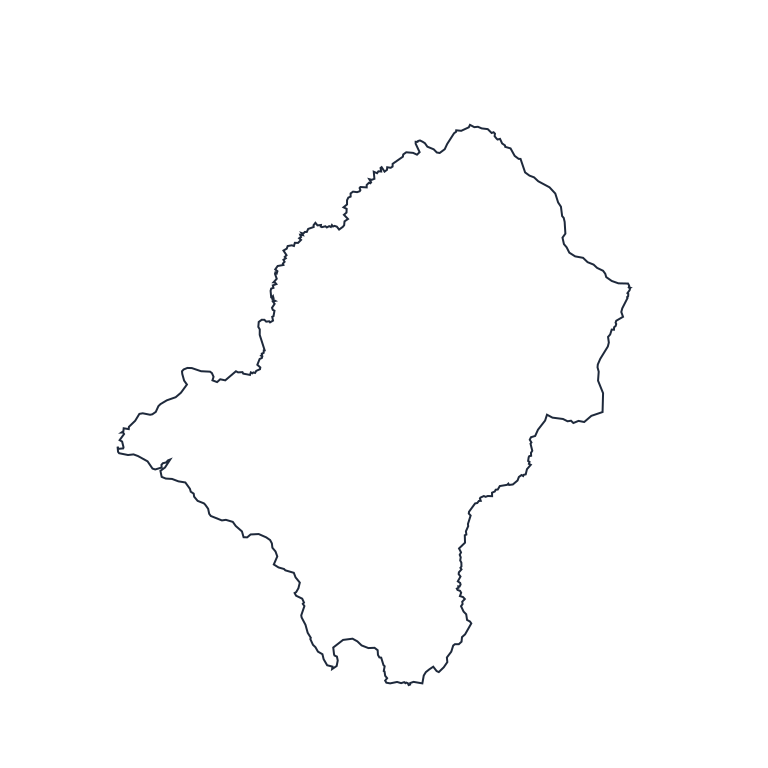 outline of Manggarai Timur, Nusa Tenggara Timur, Indonesia, rotated 210°
{"feature_id": "22746128B57997288446056", "entity_name": "Manggarai Timur", "entity_type": "district", "adm_level": 2, "iso_a3": "IDN", "parent_name": "Indonesia", "parent_adm1": "Nusa Tenggara Timur", "projection": "orthographic", "projection_center": [120.695, -8.574], "detail": "fine", "context": "isolated", "style": "outline", "palette": "slate", "viewbox_px": 768, "rotation_deg": 210, "n_neighbors": 0, "source": "geoboundaries", "source_scale": "gbopen_adm2", "svg_char_len": 6166}
<svg xmlns="http://www.w3.org/2000/svg" viewBox="0 0 768 768"><g transform="rotate(210 384 384)"><path d="M222.9,593.0L231.3,588.4L238.3,587.1L245.0,587.7L247.5,590.1L250.9,591.6L257.5,591.1L262.2,592.2L268.6,591.3L274.7,592.8L282.3,590.1L289.2,590.4L294.2,593.7L298.1,595.1L302.6,600.0L302.1,604.9L308.6,614.7L311.4,617.7L313.7,618.5L319.4,626.0L324.0,628.3L330.9,634.6L339.0,637.1L351.8,636.7L357.4,638.0L362.2,637.2L367.6,637.8L378.3,647.2L380.0,646.3L384.9,646.9L392.2,651.3L397.6,650.0L398.5,651.1L402.0,651.4L406.1,654.3L407.9,652.5L409.2,652.8L412.1,653.9L413.1,656.3L415.0,656.8L416.3,655.2L421.6,656.6L427.2,654.2L431.3,653.7L434.2,651.6L439.1,651.4L438.9,648.7L443.7,641.9L448.3,639.8L447.7,638.4L448.7,636.2L449.3,623.5L448.8,617.7L451.3,611.9L454.0,610.9L458.3,612.1L465.1,611.2L469.0,613.0L471.7,613.1L474.6,612.9L476.0,611.5L476.0,610.5L477.7,609.6L476.7,607.9L469.1,602.6L470.1,599.1L474.4,598.7L480.6,595.8L482.1,592.4L481.3,590.3L486.6,579.0L485.3,576.6L486.3,574.6L489.6,573.3L488.5,571.0L489.7,568.2L494.5,570.6L495.0,569.4L492.7,566.6L495.2,565.4L495.4,563.1L499.0,562.7L494.9,556.9L496.7,554.7L499.2,554.0L496.0,552.2L496.2,551.0L497.7,550.7L498.5,547.7L497.3,545.6L502.9,542.8L503.1,541.5L501.4,540.1L501.4,538.8L503.2,536.7L507.0,535.1L508.2,532.3L506.6,529.6L508.1,527.6L507.9,524.7L505.8,521.0L507.4,516.8L503.9,517.0L502.2,513.7L503.3,510.5L497.7,508.9L499.5,505.1L497.9,501.6L498.2,499.6L500.1,495.3L503.5,496.7L505.9,496.2L506.9,494.9L508.6,495.6L508.5,493.4L510.4,493.3L511.8,491.0L513.6,491.3L516.2,488.8L517.5,488.7L518.1,490.2L520.9,488.1L524.0,489.3L524.4,486.3L523.4,484.8L527.2,480.4L526.9,477.1L528.6,476.1L529.1,473.9L531.0,473.5L528.7,472.3L531.2,471.3L529.3,469.7L530.3,467.8L527.9,467.3L529.0,463.2L531.8,461.7L531.0,458.5L533.2,458.0L536.4,455.3L535.9,452.6L537.8,449.3L532.8,446.8L533.5,444.4L531.9,443.8L533.2,441.3L531.2,440.1L531.8,437.8L530.6,436.8L535.1,433.0L535.5,428.9L532.7,428.4L532.2,426.1L533.8,426.3L533.5,424.9L529.5,421.5L530.5,416.9L529.4,417.5L527.2,416.7L529.6,413.8L527.8,412.0L529.4,410.2L528.8,408.0L525.0,402.6L524.4,402.5L524.1,404.6L522.4,402.9L522.6,401.5L519.7,401.6L521.5,399.9L518.8,398.7L519.1,394.0L517.4,392.6L515.5,392.7L513.6,387.5L514.4,386.3L511.8,383.4L513.5,380.4L514.8,380.9L517.2,379.1L519.7,379.8L522.0,378.5L523.5,375.1L521.4,370.6L518.9,369.2L516.2,364.4L504.2,353.5L504.9,353.0L503.8,350.8L505.0,349.2L504.2,348.4L504.6,347.1L503.2,347.1L502.8,345.4L504.2,343.5L503.3,337.3L499.4,336.5L498.8,334.8L501.2,331.5L501.2,329.1L502.9,328.7L503.3,327.5L505.1,327.5L504.6,324.8L511.1,322.6L512.5,323.5L516.2,321.1L518.6,321.0L523.3,307.8L528.2,306.2L529.5,302.2L534.4,301.4L535.2,305.0L538.5,307.4L540.8,307.7L548.8,303.6L558.4,301.7L562.3,299.6L564.8,296.4L565.3,294.0L563.7,291.8L558.8,287.0L554.4,285.0L555.5,274.9L557.8,268.4L563.9,261.3L567.5,254.9L568.3,252.1L567.7,245.7L569.5,241.9L571.2,240.4L578.3,238.0L580.9,235.8L581.1,227.7L583.5,219.4L582.5,217.3L587.3,215.5L586.1,212.8L587.1,210.7L585.7,211.6L584.1,210.7L584.9,203.2L582.0,203.2L577.9,198.9L577.7,197.8L581.5,195.1L583.4,196.5L580.4,192.3L578.8,191.6L570.2,194.5L565.7,197.8L561.0,198.6L550.1,198.8L542.2,195.0L539.4,195.6L534.8,200.5L536.3,202.7L535.9,204.8L533.5,207.1L532.9,209.8L531.4,211.7L531.9,202.2L534.2,197.0L530.1,192.4L525.7,193.0L520.1,195.8L513.4,196.9L506.8,199.4L499.7,196.2L497.5,194.1L494.0,193.9L492.1,191.5L487.0,189.6L480.3,190.6L478.5,190.1L473.9,188.0L470.5,184.2L468.0,183.1L456.2,184.8L453.0,187.3L446.0,189.0L441.4,186.9L433.3,185.3L429.0,181.1L425.8,182.8L424.3,187.0L417.5,191.4L409.3,192.3L404.6,191.9L401.4,189.9L398.8,186.4L394.2,184.7L390.2,181.3L389.2,172.6L383.6,172.4L378.1,173.8L376.3,173.3L367.7,175.4L363.9,172.3L357.6,169.9L356.0,164.3L356.0,159.9L356.9,158.3L354.3,156.7L347.5,157.2L344.0,154.7L344.4,153.0L341.9,151.9L340.0,142.3L338.6,140.6L331.6,136.2L325.7,130.4L320.5,127.6L320.3,126.3L315.1,122.6L311.8,121.8L307.4,119.2L302.2,119.2L298.7,115.5L292.6,112.0L287.3,113.5L286.4,111.2L284.0,116.1L285.8,121.4L288.5,124.4L291.1,124.1L292.1,124.9L296.2,130.4L291.5,141.9L283.9,147.7L278.4,147.8L272.7,146.4L265.5,147.5L260.3,150.8L256.4,150.3L253.8,146.4L251.3,144.9L249.6,145.6L243.9,140.3L242.3,139.9L240.7,135.3L239.8,135.3L237.1,131.9L234.2,130.8L234.7,127.7L232.6,126.5L229.0,127.8L223.7,132.5L219.6,133.5L217.4,135.9L215.9,135.6L215.5,136.5L213.8,136.8L212.1,135.6L211.1,136.8L211.8,138.1L209.5,140.8L201.1,143.9L203.8,151.4L203.7,155.4L202.1,159.5L200.0,163.8L194.9,161.7L192.5,161.9L190.6,168.5L190.1,174.8L192.8,178.6L191.9,185.8L193.3,192.1L192.5,194.1L189.1,196.1L188.0,199.6L189.9,203.8L188.6,207.8L188.7,220.3L190.8,221.3L194.1,221.2L197.7,225.7L201.3,226.7L206.2,230.1L205.9,232.7L207.4,234.6L206.5,238.2L209.0,239.0L212.2,238.3L212.8,241.8L214.7,242.9L217.3,242.4L218.6,243.2L217.6,244.8L218.5,245.9L217.3,246.5L217.4,248.6L218.6,249.8L221.4,250.0L221.5,255.5L224.3,256.7L225.0,258.4L224.2,262.2L225.9,263.0L225.7,264.7L227.7,268.0L229.8,269.3L230.9,272.3L233.0,273.9L233.1,276.7L236.8,279.1L234.5,287.1L238.4,293.4L237.4,294.8L239.4,297.4L240.0,303.0L241.3,304.7L243.2,313.4L245.8,314.2L246.5,315.9L245.4,326.1L243.7,327.6L243.4,330.1L241.8,331.2L243.7,332.8L243.7,333.8L241.5,336.9L239.6,337.1L238.1,338.9L234.3,340.9L236.1,343.9L234.3,346.3L234.4,348.3L232.7,349.5L232.7,353.5L227.0,358.2L226.5,359.9L225.2,359.1L222.2,361.4L220.1,367.2L220.7,370.9L219.4,373.9L217.5,373.9L217.7,375.1L216.1,376.6L217.6,381.7L216.5,387.4L218.6,387.3L219.0,389.3L220.7,389.4L222.1,393.0L222.1,394.2L220.7,395.4L222.3,397.9L222.2,400.3L227.3,405.6L227.1,407.1L229.9,408.6L230.1,411.4L227.1,414.6L227.8,421.4L226.2,432.9L227.5,438.9L221.3,439.1L211.5,443.2L206.4,443.5L203.7,445.7L200.5,444.9L197.1,449.3L191.6,451.2L188.5,460.1L180.7,469.0L189.7,485.6L200.3,493.9L204.2,502.0L207.4,505.2L208.6,507.8L209.3,513.9L208.9,528.4L210.0,532.3L213.5,536.8L212.9,540.0L214.0,545.0L212.0,546.0L213.1,548.2L212.4,550.1L212.9,552.1L214.1,552.9L214.5,554.9L210.6,561.7L214.5,565.0L215.5,568.7L216.1,580.3L216.9,580.8L216.5,582.2L217.5,584.2L218.6,584.4L218.2,588.0L218.7,589.8L219.6,589.9L219.0,590.6L220.4,590.5L220.9,591.8L222.9,593.0Z" fill="none" stroke="#1e293b" stroke-width="2"/></g></svg>